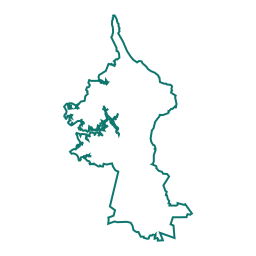 outline of Howick Local Board Area, Auckland, New Zealand
{"feature_id": "76426892B48866186202191", "entity_name": "Howick Local Board Area", "entity_type": "district", "adm_level": 2, "iso_a3": "NZL", "parent_name": "New Zealand", "parent_adm1": "Auckland", "projection": "orthographic", "projection_center": [174.896, -36.924], "detail": "fine", "context": "isolated", "style": "outline", "palette": "teal", "viewbox_px": 256, "rotation_deg": 0, "n_neighbors": 0, "source": "geoboundaries", "source_scale": "gbopen_adm2", "svg_char_len": 5784}
<svg xmlns="http://www.w3.org/2000/svg" viewBox="0 0 256 256"><path d="M150.6,138.5L151.9,130.4L153.5,128.4L155.2,121.7L159.6,116.1L159.7,114.9L163.1,115.0L168.0,113.2L168.7,112.4L168.4,111.1L169.5,110.7L171.1,108.9L172.5,108.9L175.2,106.3L175.8,108.1L176.5,103.8L175.1,97.2L175.7,95.6L171.2,92.8L171.2,91.4L172.1,90.5L171.4,88.9L172.1,86.4L170.8,84.9L166.6,84.4L166.2,83.7L163.8,83.6L160.0,82.1L159.4,77.5L158.7,77.1L158.3,75.5L154.8,72.7L150.9,71.1L147.9,69.0L146.6,66.9L142.5,63.3L141.6,61.4L139.0,61.0L137.1,62.4L133.3,59.8L130.5,56.4L127.0,51.0L122.9,41.4L118.2,33.3L119.5,31.2L119.1,29.1L119.6,28.3L118.6,26.4L118.5,23.8L117.7,23.0L116.9,21.1L117.1,20.2L115.2,16.3L114.4,15.4L113.2,15.6L113.5,16.5L112.6,18.1L113.0,19.3L112.1,20.7L112.0,24.8L112.8,27.2L113.1,31.9L112.3,35.5L111.3,37.2L116.5,47.8L116.6,51.0L117.8,51.3L119.0,53.5L119.4,57.6L117.2,59.5L116.2,59.2L113.9,61.2L115.0,62.2L114.5,63.9L115.2,64.3L114.5,65.9L111.5,64.6L111.5,62.9L111.3,64.7L108.6,63.9L105.8,70.9L99.2,75.0L98.5,77.0L99.1,79.6L101.7,80.5L104.2,82.3L105.9,81.6L106.0,80.0L107.2,81.9L108.2,82.2L106.5,84.3L105.4,82.9L104.5,83.1L104.2,84.4L104.0,83.4L101.6,82.4L100.8,83.6L101.0,81.8L97.8,80.8L91.3,80.9L89.2,80.1L88.4,82.7L89.9,85.2L88.7,87.2L87.1,87.2L86.1,89.9L87.5,91.3L87.1,91.9L87.8,93.8L85.3,96.2L84.6,100.8L80.9,101.6L78.7,104.0L77.2,104.6L77.5,107.4L78.4,108.1L77.5,108.6L76.9,107.6L75.7,107.9L76.4,107.0L76.0,106.3L77.2,105.4L75.6,105.3L71.6,103.2L69.1,103.7L68.7,104.9L68.8,105.5L69.2,104.3L70.0,106.3L71.0,105.9L70.8,107.6L71.8,108.4L69.7,108.8L69.4,107.2L69.0,108.7L68.5,108.7L67.8,103.7L66.5,103.8L64.1,106.7L66.5,110.8L66.5,112.0L65.9,113.9L64.7,114.5L64.3,116.5L65.4,117.0L65.5,118.5L66.1,118.8L67.7,116.5L67.6,115.8L69.9,115.8L70.9,114.7L72.2,115.1L70.9,116.9L71.4,117.8L70.1,117.0L69.5,117.4L69.4,119.8L70.3,120.3L68.1,122.2L68.5,123.5L71.2,125.4L71.9,125.1L71.3,124.3L72.0,123.9L71.9,123.2L72.1,122.8L73.4,124.2L77.6,121.1L79.9,120.9L80.7,121.7L81.5,120.4L81.3,119.1L81.6,119.5L81.7,122.3L82.4,122.6L82.9,121.1L82.9,122.3L83.4,122.1L84.2,122.1L83.6,122.4L83.8,123.5L82.5,123.8L82.0,125.3L81.2,124.2L80.3,125.0L79.4,127.1L78.5,127.9L79.2,129.4L80.5,129.9L81.0,128.5L83.1,130.7L85.9,130.3L87.5,131.8L89.1,130.7L88.8,129.3L89.8,128.0L89.0,128.0L89.2,126.4L90.6,127.6L91.5,127.3L91.9,128.1L90.6,129.0L91.3,130.0L92.7,130.4L92.8,129.6L93.7,129.5L95.0,130.4L95.4,129.6L97.2,130.6L98.3,129.4L99.6,129.5L97.2,128.3L97.4,127.6L97.8,128.5L99.0,128.0L98.8,126.6L97.8,125.8L97.9,125.4L99.7,126.4L100.5,125.1L100.3,123.5L102.8,122.9L102.6,121.6L101.9,121.1L101.8,120.7L103.4,121.7L106.8,119.5L106.9,117.7L105.4,114.1L105.9,113.8L105.1,110.9L104.1,109.3L102.4,109.1L104.5,108.8L103.5,105.8L105.0,108.1L104.6,109.4L105.2,110.9L106.1,110.1L108.2,108.9L105.6,111.2L105.8,112.6L106.7,113.3L106.2,114.7L107.2,117.0L108.0,116.9L107.8,116.5L108.0,115.8L111.8,119.4L111.3,122.2L112.5,121.4L112.9,119.2L114.8,116.8L116.5,116.9L117.8,113.9L118.1,113.6L116.9,117.2L115.6,117.2L115.5,118.8L116.2,120.0L115.4,118.9L115.2,117.8L113.2,119.6L113.4,122.1L114.7,122.7L113.4,122.4L113.0,123.7L114.6,124.1L115.7,126.0L115.6,127.4L117.2,127.1L118.1,128.2L118.1,129.3L116.6,130.5L116.3,132.0L116.9,132.8L117.7,132.4L117.8,132.4L118.8,133.5L118.7,134.1L119.0,134.3L119.0,134.5L118.9,134.8L118.7,134.0L118.8,133.5L117.9,132.5L116.9,132.9L116.2,132.0L116.3,130.4L117.9,129.0L117.8,128.3L115.6,128.2L115.0,126.2L113.8,127.3L114.5,126.1L114.3,124.5L112.6,124.9L112.2,122.8L110.7,124.0L111.6,123.1L110.4,122.3L110.4,119.7L107.8,119.0L106.8,120.8L104.6,122.1L104.9,124.4L103.8,124.1L102.6,125.2L102.2,127.3L103.2,128.2L103.7,127.2L105.0,127.0L104.8,126.0L105.6,126.8L106.9,125.7L107.3,126.3L103.7,128.7L104.4,130.6L103.2,130.3L102.8,129.5L102.1,130.0L101.7,128.9L99.5,129.8L100.3,130.0L99.6,131.2L99.9,132.3L102.9,135.8L99.9,134.0L98.4,136.3L99.5,133.3L97.1,132.5L95.3,133.0L95.4,134.0L94.1,135.6L95.0,134.1L94.8,133.4L90.6,132.2L89.1,135.2L90.3,136.9L88.1,135.5L86.8,136.2L86.4,138.7L87.9,139.7L88.1,140.3L85.8,138.6L86.6,134.5L82.0,133.9L81.0,134.4L80.5,135.9L79.6,133.9L76.6,133.0L76.2,134.0L77.2,135.6L77.9,138.6L80.0,141.8L80.2,143.5L82.8,142.2L82.3,142.9L83.4,143.3L81.9,143.4L81.9,144.4L80.9,143.8L79.3,144.6L80.0,144.8L77.5,144.8L77.0,145.5L78.1,146.1L80.5,146.2L79.1,146.3L78.7,147.1L79.1,147.6L77.9,147.0L78.2,147.0L78.7,146.5L76.6,147.1L77.1,148.0L75.8,149.3L75.3,148.8L72.6,149.7L70.0,151.7L71.5,153.7L73.6,153.4L76.6,154.7L78.0,156.8L78.8,160.3L79.9,160.6L80.8,159.5L80.5,158.4L81.1,157.3L83.2,156.9L84.2,158.1L85.2,157.4L84.5,156.1L85.9,156.1L86.6,155.0L88.4,155.4L89.0,154.9L88.8,155.7L91.3,156.3L88.6,156.3L87.6,155.4L85.9,156.9L85.2,158.5L87.2,160.7L89.3,161.3L90.2,162.9L89.5,163.5L90.0,164.4L93.4,163.7L93.3,164.2L94.7,164.2L98.3,166.4L99.4,166.4L100.0,165.5L101.3,166.4L103.0,166.5L103.6,163.8L106.8,164.5L112.0,163.4L113.0,166.6L115.5,170.4L118.3,171.6L109.9,206.5L115.0,210.2L113.6,215.7L108.3,217.6L108.7,219.7L108.2,223.8L114.5,221.5L117.5,222.2L126.7,221.8L130.6,222.7L132.4,225.4L133.5,230.1L136.6,232.1L138.4,232.0L140.7,236.7L143.7,236.7L143.8,237.8L147.4,238.8L148.7,238.5L149.3,236.4L150.4,235.3L151.8,235.6L152.8,234.7L155.2,234.9L155.6,234.4L155.5,236.1L154.6,236.8L154.6,238.7L157.3,238.0L158.0,239.0L157.8,240.6L162.9,240.3L160.0,232.8L174.5,238.0L173.5,225.5L170.6,224.3L172.9,217.3L186.5,217.2L187.5,214.2L190.2,214.7L191.9,213.5L185.2,204.2L184.2,204.9L177.6,203.1L177.7,204.7L176.2,205.6L169.5,205.5L170.1,204.0L168.5,203.3L169.3,201.2L167.7,198.9L167.0,195.5L165.9,195.2L166.7,191.7L165.3,190.7L163.4,185.4L169.1,176.5L167.1,174.0L163.0,173.7L162.0,171.8L158.7,170.8L156.3,168.1L156.6,167.3L156.0,166.0L152.0,164.3L152.9,163.8L153.8,161.5L153.8,155.2L155.6,150.0L154.6,149.0L155.5,148.2L154.4,145.3L153.1,144.9L151.3,141.9L150.6,138.5Z" fill="none" stroke="#0f766e" stroke-width="2"/></svg>